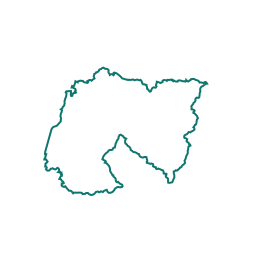 Capão Bonito, São Paulo, Brazil (orthographic projection), rotated 318°
{"feature_id": "56859067B71200368651940", "entity_name": "Capão Bonito", "entity_type": "district", "adm_level": 2, "iso_a3": "BRA", "parent_name": "Brazil", "parent_adm1": "São Paulo", "projection": "orthographic", "projection_center": [-48.285, -24.054], "detail": "fine", "context": "isolated", "style": "outline", "palette": "teal", "viewbox_px": 256, "rotation_deg": 318, "n_neighbors": 0, "source": "geoboundaries", "source_scale": "gbopen_adm2", "svg_char_len": 5872}
<svg xmlns="http://www.w3.org/2000/svg" viewBox="0 0 256 256"><g transform="rotate(318 128 128)"><path d="M48.9,91.9L49.7,92.7L48.9,93.3L47.7,93.8L46.8,94.6L45.7,94.8L44.8,95.4L46.1,96.7L45.8,97.9L45.8,99.1L44.7,99.4L43.4,99.3L42.6,99.4L41.9,100.3L40.7,101.2L41.4,102.0L41.0,103.2L39.5,103.7L39.4,105.1L40.0,106.2L41.2,106.9L43.4,106.6L44.0,107.2L45.0,107.4L45.5,109.0L46.3,110.2L47.1,110.4L48.0,110.4L48.8,110.3L49.3,111.4L49.1,112.7L47.9,113.9L46.6,114.0L47.2,114.8L48.1,115.2L47.6,116.3L47.2,117.6L48.3,117.3L47.6,118.5L46.9,119.3L46.1,118.9L45.3,119.0L44.1,119.5L42.9,119.9L43.8,121.1L43.5,123.0L43.8,124.2L43.5,125.9L42.5,125.8L41.6,124.9L40.6,125.8L40.1,126.7L40.5,127.9L41.1,129.1L42.4,129.3L42.2,132.0L42.2,135.2L43.3,136.1L43.7,137.3L43.5,139.8L44.5,139.7L45.3,140.6L46.4,141.5L47.1,142.3L48.0,142.9L49.9,144.7L50.3,145.8L50.0,146.7L52.2,148.3L53.4,148.3L54.7,149.4L54.8,151.0L55.6,152.9L56.6,153.7L57.8,154.2L59.2,154.4L61.5,154.1L62.2,154.5L63.2,155.2L63.5,156.5L64.2,156.8L65.3,156.8L66.0,157.8L66.4,158.8L67.8,158.6L69.1,159.0L70.8,159.7L70.1,161.9L70.4,163.4L71.5,164.3L72.7,164.9L73.9,165.2L75.1,165.0L76.1,165.1L77.0,164.5L78.2,164.4L79.3,164.6L80.2,164.7L81.2,165.1L81.7,166.0L82.3,166.6L83.9,167.8L85.1,167.6L85.7,166.3L84.7,163.8L84.6,161.3L83.7,161.2L83.3,160.2L83.6,159.2L84.5,157.9L85.1,156.7L84.8,155.5L84.7,154.1L85.5,153.3L84.9,152.2L85.3,151.2L85.5,149.8L85.9,148.1L87.4,146.1L88.0,145.0L88.5,143.4L88.5,142.4L88.5,139.9L87.6,138.2L89.2,137.9L89.0,136.7L88.0,134.2L90.6,132.7L91.6,132.4L94.6,132.0L96.8,132.2L98.1,131.9L98.9,131.9L100.0,132.2L100.6,133.0L101.4,133.5L102.2,133.7L103.1,133.1L104.3,133.1L105.1,133.7L106.8,132.6L107.7,131.8L108.7,131.2L110.0,130.7L111.6,129.8L112.7,129.8L114.1,129.3L114.9,128.4L117.0,127.6L118.1,128.1L118.4,129.5L118.9,130.4L118.9,131.4L118.5,132.2L119.0,133.3L119.5,134.7L118.4,134.9L117.5,135.4L116.2,136.8L115.7,137.9L116.1,139.4L115.8,140.9L116.4,142.9L116.2,144.7L115.3,146.2L115.7,147.2L115.8,148.8L116.1,149.8L116.9,150.5L117.5,151.7L118.1,153.9L118.7,154.8L118.1,155.8L117.9,157.6L118.8,159.4L119.5,160.1L120.4,160.3L121.4,161.0L122.2,162.0L121.5,163.0L120.8,164.7L120.3,165.4L119.4,165.6L118.7,166.4L120.8,169.8L121.7,170.1L122.4,171.5L122.0,172.5L121.0,173.2L121.4,174.4L122.4,175.9L121.7,176.6L121.7,177.5L122.6,178.2L123.4,178.4L123.7,179.2L124.4,180.3L124.8,181.7L125.6,182.7L125.4,183.7L124.8,184.9L124.1,185.7L124.9,186.8L125.9,187.7L125.2,188.5L124.0,188.8L123.4,189.8L123.8,191.3L123.8,192.4L122.7,193.8L122.0,194.5L121.3,195.6L122.4,196.7L124.5,197.9L126.2,197.3L127.2,196.6L128.6,196.1L129.7,195.5L130.1,194.8L130.8,194.1L131.3,193.3L131.7,192.3L132.9,190.9L133.9,191.4L135.3,191.4L135.7,192.3L136.6,192.6L137.5,192.4L139.2,192.6L140.0,192.2L140.9,192.6L141.7,192.7L142.5,192.2L143.5,192.2L146.1,192.3L147.3,191.9L147.7,190.9L148.2,190.1L149.8,189.6L152.9,187.7L155.3,186.9L156.4,185.8L157.1,184.9L158.4,184.1L160.6,182.2L162.6,182.9L163.1,181.8L162.5,180.9L163.2,179.4L162.9,178.6L162.6,177.1L163.5,176.5L164.5,175.9L164.1,174.5L163.4,173.3L163.5,172.5L164.6,171.5L166.2,171.4L167.1,171.9L168.3,172.0L169.2,171.8L170.6,171.7L171.3,172.9L172.7,173.0L173.6,173.4L175.8,173.7L176.7,173.3L177.3,172.2L177.1,171.2L178.6,171.0L179.8,170.5L180.5,170.9L182.3,170.0L184.7,167.9L186.6,167.5L186.8,166.4L187.3,165.3L187.3,163.5L187.2,161.6L186.7,160.5L187.4,159.9L188.5,160.0L189.2,159.5L189.0,158.5L188.5,157.6L187.7,156.6L188.8,155.6L189.6,154.2L192.5,153.8L193.4,153.2L195.1,153.3L196.5,152.8L197.1,151.9L198.2,151.3L199.6,151.5L200.3,152.7L201.4,152.9L202.7,151.9L204.6,150.1L205.6,149.6L206.5,149.0L207.2,147.8L208.2,147.0L209.2,146.6L210.4,146.5L212.1,147.0L213.4,147.0L214.7,147.2L215.7,147.3L216.4,147.9L216.6,146.9L216.5,145.8L215.5,145.2L214.2,145.0L212.5,142.7L211.6,142.1L211.9,140.8L211.8,139.7L210.7,137.9L210.2,136.8L210.0,135.9L209.3,135.2L208.3,134.4L207.2,133.8L206.5,134.3L205.5,133.8L204.1,133.9L203.4,132.9L203.4,131.3L202.5,132.1L201.6,131.9L201.3,131.0L200.5,130.4L199.9,129.8L199.4,128.8L198.2,127.1L196.9,126.3L195.9,126.7L194.4,125.2L193.4,122.2L192.8,122.9L192.2,120.7L190.8,119.9L189.6,118.7L188.4,119.0L188.2,117.9L187.1,116.7L186.2,116.1L185.3,116.1L184.5,117.0L182.1,116.2L181.9,115.4L180.4,112.9L179.6,113.7L178.5,114.2L177.4,114.9L177.1,116.1L176.1,116.5L175.3,116.4L174.5,115.1L173.4,114.7L172.2,114.7L170.9,115.3L169.5,116.0L168.6,115.7L168.5,114.4L168.8,112.9L168.4,111.7L169.5,110.3L169.9,109.1L170.6,108.3L169.8,107.5L169.4,106.4L168.6,105.8L168.4,104.7L169.0,103.5L169.5,102.0L169.5,100.6L168.7,100.5L167.9,99.4L167.2,98.1L164.7,96.8L164.4,95.6L163.5,94.8L162.1,94.1L161.1,92.8L160.1,92.4L159.9,91.6L159.1,90.9L157.9,88.7L156.9,87.4L156.9,85.9L156.9,84.5L156.6,82.7L156.5,81.6L156.1,79.8L155.5,78.8L155.0,77.7L154.2,77.5L153.6,78.8L152.6,79.1L152.2,77.3L151.3,76.7L150.0,76.4L150.5,75.6L150.4,74.6L150.7,73.6L151.5,72.7L152.3,72.1L152.2,70.6L151.6,69.5L150.7,68.9L150.2,66.8L148.6,66.1L147.3,66.1L145.8,65.4L144.6,66.0L142.6,66.0L141.7,65.3L140.5,65.7L139.1,65.3L138.3,66.0L137.0,66.7L136.3,68.8L135.3,68.7L134.2,68.4L132.6,68.5L132.4,67.5L131.3,66.5L129.2,66.0L129.2,67.2L128.1,67.4L126.3,65.0L125.8,64.1L126.0,62.8L124.9,61.9L124.2,60.8L123.1,60.5L122.2,59.9L121.2,60.5L120.7,59.5L120.2,58.1L119.3,58.8L118.4,59.4L117.4,59.8L116.5,60.6L115.3,60.5L114.6,59.4L113.2,60.2L114.4,61.4L114.4,62.3L115.0,63.5L114.7,64.4L114.2,65.3L113.1,65.2L113.0,66.8L112.0,66.5L111.2,65.7L110.0,65.6L108.1,66.8L107.2,66.2L107.5,65.3L108.4,64.3L109.5,63.4L110.3,62.4L107.3,59.9L106.4,59.5L105.5,59.9L105.5,61.1L104.2,62.3L103.4,63.0L102.5,63.5L101.1,64.1L99.8,65.0L99.0,65.4L98.4,66.0L97.3,67.4L96.1,68.2L95.4,68.6L94.6,68.7L93.6,68.7L92.6,69.3L91.6,69.4L90.6,69.2L90.8,70.7L89.2,71.8L87.9,72.3L86.9,73.0L85.7,74.0L84.7,76.1L83.6,76.9L82.4,78.1L77.7,78.6L76.5,78.7L73.8,77.5L72.9,77.3L71.4,77.4L70.1,77.9L50.5,90.3L48.9,91.9Z" fill="none" stroke="#0f766e" stroke-width="2"/></g></svg>